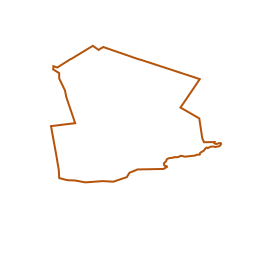 the district of Monroe, Pennsylvania, United States of America, rotated 22°
{"feature_id": "52423323B86940080829483", "entity_name": "Monroe", "entity_type": "district", "adm_level": 2, "iso_a3": "USA", "parent_name": "United States of America", "parent_adm1": "Pennsylvania", "projection": "robinson", "projection_center": [-75.179, 41.033], "detail": "fine", "context": "isolated", "style": "outline", "palette": "amber", "viewbox_px": 256, "rotation_deg": 22, "n_neighbors": 0, "source": "geoboundaries", "source_scale": "gbopen_adm2", "svg_char_len": 1236}
<svg xmlns="http://www.w3.org/2000/svg" viewBox="0 0 256 256"><g transform="rotate(22 128 128)"><path d="M220.2,107.9L220.1,107.6L219.6,107.3L218.9,107.5L218.0,108.0L216.4,109.4L215.4,109.8L214.5,109.9L213.7,109.8L213.5,109.6L213.6,108.6L203.8,112.7L200.7,109.7L190.5,92.4L169.0,89.4L173.9,66.8L176.2,55.8L128.2,59.0L114.2,60.0L112.2,60.3L74.7,62.2L71.5,66.6L64.6,65.0L49.5,85.2L48.9,85.7L39.8,98.4L35.7,98.6L36.7,101.7L43.6,102.9L45.7,107.9L55.4,116.7L59.4,122.7L77.2,143.3L55.9,155.1L71.2,179.3L79.4,192.6L83.0,200.2L91.4,199.1L98.5,196.5L108.8,194.4L124.5,186.7L134.5,183.3L145.3,174.0L146.1,169.0L152.3,162.9L176.4,152.6L178.7,149.5L178.2,148.9L176.4,149.3L175.8,149.2L175.2,148.6L174.7,147.7L174.7,146.7L175.3,145.6L175.6,144.8L175.8,144.0L175.7,142.7L176.0,142.0L176.9,141.0L178.0,140.3L181.4,138.3L181.8,137.7L184.1,136.8L185.5,136.1L186.9,134.6L187.0,134.2L189.4,133.5L191.0,133.4L192.3,132.9L199.4,129.0L200.3,128.6L202.0,126.9L203.0,126.4L204.4,125.9L204.5,125.6L204.2,124.4L204.4,123.7L206.1,121.5L206.7,120.7L207.0,119.8L207.2,118.8L207.9,117.1L208.3,116.7L209.6,116.7L211.4,114.6L212.7,113.8L214.2,113.2L216.0,112.9L219.2,110.9L219.9,110.0L220.3,108.2L220.2,107.9Z" fill="none" stroke="#b45309" stroke-width="2"/></g></svg>